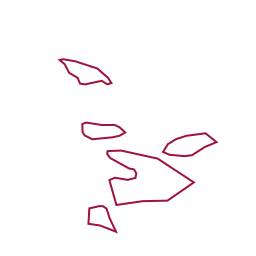 outline of Faroe Islands, rotated 156°
{"feature_id": "FRO", "entity_name": "Faroe Islands", "entity_type": "country or territory", "adm_level": 0, "iso_a3": "FRO", "parent_name": "Europe", "parent_adm1": "", "projection": "natural_earth1", "projection_center": [-6.816, 61.885], "detail": "fine", "context": "isolated", "style": "outline", "palette": "rose", "viewbox_px": 256, "rotation_deg": 156, "n_neighbors": 0, "source": "natural_earth", "source_scale": "50m", "svg_char_len": 883}
<svg xmlns="http://www.w3.org/2000/svg" viewBox="0 0 256 256"><g transform="rotate(156 128 128)"><path d="M169.9,62.4L166.2,88.0L160.2,87.9L149.5,80.8L141.5,79.4L138.9,83.1L139.3,87.7L143.5,90.6L156.4,107.7L157.6,112.7L156.0,115.2L143.5,110.2L113.4,88.0L90.0,51.5L121.5,45.6L144.4,55.2L169.9,62.4ZM87.8,79.3L101.0,86.7L105.7,91.9L98.1,97.0L88.8,98.3L77.7,97.1L59.3,91.6L52.9,79.1L65.6,79.4L80.6,77.1L87.8,79.3ZM159.9,212.1L162.8,217.9L159.3,217.2L149.3,210.6L131.8,194.8L125.8,181.8L124.9,175.8L129.2,176.4L132.8,181.8L149.4,185.3L153.7,188.0L153.7,194.5L159.3,202.2L159.9,212.1ZM171.1,142.9L168.2,150.1L164.2,150.1L150.2,141.1L139.1,136.3L135.5,132.2L132.4,125.1L138.7,124.3L146.3,125.9L165.3,132.3L170.7,139.0L171.1,142.9ZM203.1,56.6L196.0,70.3L185.6,68.2L182.7,66.7L180.4,63.1L181.5,52.9L181.1,38.1L193.2,50.3L203.1,56.6Z" fill="none" stroke="#9f1239" stroke-width="2"/></g></svg>